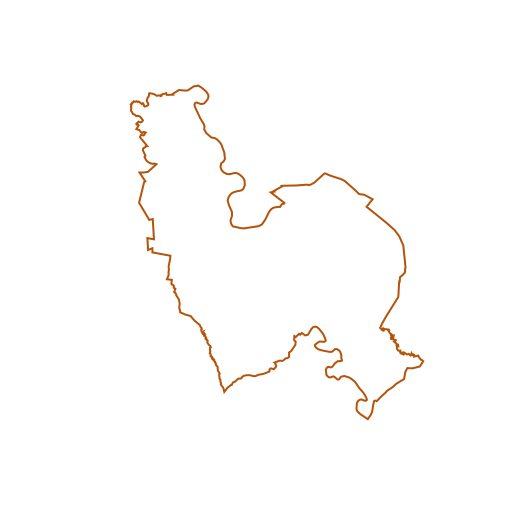 Recea, Maramures, Romania, rotated 43°
{"feature_id": "2599482B24174964580354", "entity_name": "Recea", "entity_type": "district", "adm_level": 2, "iso_a3": "ROU", "parent_name": "Romania", "parent_adm1": "Maramures", "projection": "robinson", "projection_center": [23.475, 47.622], "detail": "fine", "context": "isolated", "style": "outline", "palette": "amber", "viewbox_px": 512, "rotation_deg": 43, "n_neighbors": 0, "source": "geoboundaries", "source_scale": "gbopen_adm2", "svg_char_len": 6089}
<svg xmlns="http://www.w3.org/2000/svg" viewBox="0 0 512 512"><g transform="rotate(43 256 256)"><path d="M325.5,377.0L325.0,371.8L325.5,368.3L325.8,366.9L326.1,366.8L325.4,364.0L326.3,362.5L326.7,357.8L328.7,355.6L328.3,353.8L328.8,351.9L330.2,349.9L332.6,347.5L336.3,345.4L337.5,344.2L338.8,341.2L341.8,337.2L344.6,331.4L343.3,329.8L343.4,328.2L346.3,326.5L346.1,323.5L345.6,322.3L343.8,321.8L343.4,321.2L342.2,321.3L344.8,316.2L346.7,314.9L347.1,314.2L347.5,310.6L348.7,309.3L349.0,307.1L346.2,304.3L346.0,303.6L346.5,302.4L346.4,300.5L345.4,294.4L344.9,293.4L343.4,291.6L341.5,291.6L341.0,291.2L338.7,288.4L340.3,288.2L340.6,283.5L341.9,283.5L342.0,281.1L346.2,280.5L347.7,278.1L346.3,271.7L346.3,269.2L346.8,268.1L347.7,267.1L349.1,266.4L351.6,266.2L357.9,267.2L362.7,269.0L364.3,270.1L364.8,270.7L364.4,272.3L361.2,274.8L360.5,275.8L359.7,280.5L359.9,281.2L360.8,281.7L363.3,282.1L365.5,281.6L368.0,280.4L375.3,275.9L377.0,274.0L377.3,270.1L378.6,268.9L381.2,268.4L382.8,268.6L386.1,270.3L387.9,272.4L390.1,273.7L390.1,274.4L387.5,277.3L386.9,280.9L387.4,284.3L387.2,285.2L386.7,286.5L384.8,287.5L384.1,288.4L384.1,289.8L384.7,291.7L388.6,294.9L390.6,295.2L392.3,294.9L393.4,293.9L394.5,291.4L395.8,290.9L399.6,290.8L400.2,290.5L400.8,289.7L400.9,288.6L400.5,287.1L400.7,286.0L402.4,283.6L403.4,283.0L406.8,281.4L408.9,280.9L414.1,280.5L421.8,282.2L427.9,282.8L433.1,284.3L435.1,285.5L435.3,286.2L434.6,287.5L431.2,288.9L430.3,289.7L429.5,291.9L430.0,294.4L430.8,295.6L433.6,299.1L434.9,300.1L436.7,300.5L440.2,300.5L449.0,299.1L448.2,293.6L447.1,290.6L443.0,284.6L441.4,281.7L441.4,281.0L442.2,280.1L443.3,279.8L443.4,273.2L443.9,268.0L443.8,265.2L445.4,258.5L445.7,254.0L448.2,245.0L444.3,239.0L443.1,234.8L447.0,231.5L451.2,225.0L450.0,218.9L448.1,218.9L447.1,219.4L443.9,218.8L442.6,218.2L440.2,221.9L439.5,221.7L439.5,220.7L439.0,220.4L438.3,220.5L438.3,221.6L438.0,221.8L436.1,221.1L436.8,222.6L436.8,223.4L434.4,223.4L434.1,224.5L433.5,225.0L429.9,225.6L430.0,226.3L431.0,227.0L431.1,227.4L429.4,228.0L428.6,227.2L428.0,228.5L427.3,228.2L426.0,226.7L424.7,228.2L422.5,227.8L421.1,226.7L420.9,225.8L421.8,225.1L420.8,224.3L420.7,225.0L419.6,225.4L418.8,224.2L415.3,224.5L415.4,223.3L415.9,222.6L415.6,222.2L413.5,223.0L412.6,223.9L411.9,223.6L411.4,224.5L411.1,224.5L410.6,224.1L410.4,222.9L409.6,222.4L411.8,222.1L411.8,221.4L410.9,220.1L409.5,221.5L408.6,220.8L406.7,221.1L403.8,220.3L403.9,219.4L403.2,219.2L402.4,220.1L400.8,220.9L400.1,221.9L398.3,222.1L398.3,222.6L400.0,222.9L400.3,223.6L399.9,223.9L398.4,224.2L395.8,223.9L394.4,219.7L392.7,213.1L388.0,188.9L378.2,177.1L378.6,176.8L375.8,173.3L376.3,169.2L376.2,166.9L375.7,165.9L373.8,163.7L373.3,162.5L356.5,147.8L347.4,143.9L339.5,142.5L328.0,142.8L303.3,144.6L302.6,135.0L293.6,137.3L289.1,140.4L284.6,140.2L269.9,140.6L266.6,141.4L254.9,146.8L250.7,148.2L249.8,148.9L248.6,162.5L247.3,166.6L246.4,167.9L244.2,169.5L237.4,176.9L227.0,187.0L226.9,187.2L227.6,187.3L224.7,196.3L225.5,196.4L223.4,199.4L240.6,197.8L240.9,198.3L239.6,200.3L240.1,203.8L238.9,204.7L236.4,207.9L235.5,209.7L235.2,211.6L235.5,214.9L237.9,222.8L238.8,228.6L237.7,232.2L228.3,244.1L226.0,245.9L219.1,250.0L217.5,249.9L215.5,249.2L213.0,247.3L211.1,243.0L208.4,240.2L201.2,237.1L197.4,234.7L195.7,231.3L195.3,227.7L195.7,225.7L197.4,222.4L200.3,218.4L200.9,216.6L200.9,215.4L199.6,212.0L196.3,208.7L194.2,207.8L192.0,207.5L187.7,207.7L185.7,208.4L183.8,209.8L180.9,214.2L178.8,215.9L175.0,216.9L172.0,216.6L169.2,215.0L167.3,211.8L167.8,209.1L167.2,206.3L162.3,202.0L155.1,198.3L152.7,197.6L148.2,197.3L145.4,197.9L142.5,199.8L135.7,200.0L131.6,198.6L129.8,196.2L128.2,195.3L121.1,193.2L109.4,188.5L107.6,187.1L107.2,185.3L108.1,184.0L111.4,182.8L112.8,181.7L114.1,179.6L113.8,174.4L112.7,172.1L111.6,171.0L109.5,170.1L106.6,169.7L101.4,170.0L97.4,170.8L97.0,171.8L94.8,174.3L93.2,181.4L91.3,183.4L86.4,187.2L84.6,194.2L85.4,194.5L80.8,199.1L79.3,198.2L76.8,202.5L77.4,203.0L77.6,203.5L77.4,204.0L75.7,204.5L74.0,206.6L72.2,206.8L70.0,207.7L67.1,209.5L67.1,210.5L68.5,211.8L68.9,214.4L70.0,216.7L70.7,217.3L73.1,217.9L74.1,218.7L74.2,219.4L73.7,221.1L72.7,222.6L71.9,222.7L70.4,221.7L69.2,221.4L68.8,221.7L68.8,222.8L65.3,222.9L64.9,223.1L64.5,224.0L63.3,224.1L62.6,225.5L61.2,226.1L61.3,227.3L60.8,228.0L61.6,228.9L61.0,229.9L61.1,230.7L62.4,231.1L62.9,232.2L63.9,232.7L64.5,234.1L65.8,235.1L67.6,235.4L69.0,236.1L70.7,235.4L73.1,235.3L73.9,234.0L76.4,233.1L80.8,233.9L81.0,236.0L80.5,236.9L78.5,237.8L78.3,241.0L79.1,241.2L79.4,240.2L81.1,240.5L82.0,244.8L84.8,243.5L88.3,244.0L88.9,243.6L89.2,241.8L91.2,240.9L91.2,242.6L91.7,243.6L91.5,244.6L89.8,245.5L89.3,246.2L90.1,248.2L101.6,249.8L100.5,251.1L100.8,252.0L100.1,254.4L101.4,255.9L106.8,258.1L106.9,259.6L107.8,260.0L110.7,260.9L113.2,260.9L115.8,260.1L117.8,258.8L118.8,257.6L120.6,256.8L119.6,268.1L116.7,271.8L113.9,274.4L124.2,276.9L123.8,278.3L134.2,296.8L153.3,302.4L155.3,299.4L170.0,313.4L164.4,317.0L173.0,325.2L174.9,321.0L177.8,324.0L193.2,314.2L194.9,316.3L199.3,323.3L201.5,325.3L203.6,328.1L205.2,329.6L206.7,333.8L210.7,330.8L213.1,334.1L213.9,334.3L215.2,333.7L216.5,334.0L217.4,335.3L219.3,334.9L219.6,335.4L219.4,335.8L220.5,337.0L220.6,338.1L223.4,338.3L224.7,339.2L229.1,340.3L232.7,342.9L235.2,346.3L237.6,347.6L238.9,348.9L244.1,347.1L249.2,344.5L255.2,345.2L262.0,344.8L264.3,345.9L265.4,345.8L266.2,346.4L266.2,347.3L267.8,348.4L268.8,348.3L269.0,347.6L269.3,348.7L269.7,348.8L270.2,348.6L270.5,347.8L271.5,348.1L272.2,347.9L272.4,348.2L271.3,349.1L272.0,349.1L272.5,349.7L273.0,349.3L274.8,349.6L275.9,350.2L275.3,350.7L275.5,351.0L278.6,351.0L278.9,351.9L279.9,352.7L282.9,353.2L283.8,352.9L285.2,353.6L285.0,354.5L286.9,356.7L287.8,357.0L288.7,358.8L289.8,358.7L291.0,360.0L291.9,359.8L291.8,360.3L293.7,360.2L293.9,360.9L294.3,360.7L294.9,361.1L295.5,360.3L296.0,360.3L296.4,361.1L297.4,361.4L298.1,361.1L298.6,361.8L300.1,362.0L300.4,362.6L301.3,363.1L303.3,363.1L306.3,365.8L309.6,366.7L310.1,368.1L312.3,369.8L312.6,370.4L314.7,370.9L315.2,371.9L317.4,373.1L317.9,374.0L322.1,374.8L325.5,377.0Z" fill="none" stroke="#b45309" stroke-width="2"/></g></svg>